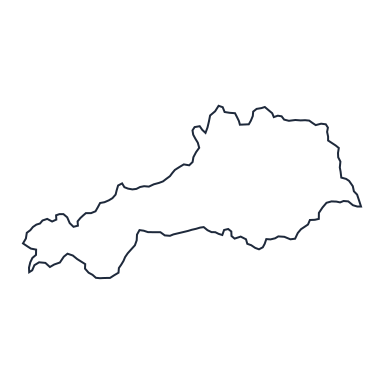 Ressaquinha, Minas Gerais, Brazil
{"feature_id": "56859067B79729307110792", "entity_name": "Ressaquinha", "entity_type": "district", "adm_level": 2, "iso_a3": "BRA", "parent_name": "Brazil", "parent_adm1": "Minas Gerais", "projection": "orthographic", "projection_center": [-43.769, -21.084], "detail": "fine", "context": "isolated", "style": "outline", "palette": "slate", "viewbox_px": 384, "rotation_deg": 0, "n_neighbors": 0, "source": "geoboundaries", "source_scale": "gbopen_adm2", "svg_char_len": 2644}
<svg xmlns="http://www.w3.org/2000/svg" viewBox="0 0 384 384"><path d="M361.0,206.5L359.1,200.6L357.1,194.6L353.9,191.3L352.8,186.2L349.1,180.9L346.1,178.9L341.3,177.6L340.6,171.7L339.8,167.5L340.4,161.6L338.2,157.3L338.0,153.0L338.8,148.0L335.7,145.5L332.2,143.2L328.1,140.5L328.1,136.6L327.1,131.9L327.9,127.6L325.8,124.3L321.1,123.7L315.7,125.1L312.4,122.9L309.2,120.6L305.1,120.2L300.6,120.4L295.4,120.0L288.9,120.8L284.1,119.6L281.6,116.3L277.8,115.7L273.8,117.1L272.2,113.2L269.3,110.8L264.8,107.0L261.4,108.1L256.6,108.9L253.2,111.6L252.8,116.0L250.8,120.8L248.8,124.3L244.3,124.5L239.9,124.7L238.9,121.0L237.1,117.3L235.0,113.2L229.6,112.8L224.6,112.0L222.7,107.2L218.6,105.8L215.1,111.3L210.1,115.5L208.9,121.6L207.5,127.5L205.5,132.9L202.2,129.8L199.7,126.2L194.6,127.1L192.5,130.4L193.2,134.7L195.3,138.6L197.8,142.7L199.2,147.8L196.1,152.1L193.4,157.2L192.6,162.0L189.2,165.3L183.8,164.4L179.3,167.1L174.9,169.9L172.4,172.9L169.9,176.2L166.1,179.0L163.0,181.4L159.0,182.9L153.8,184.3L148.9,186.6L144.1,186.2L140.1,187.0L136.4,188.9L132.4,189.4L128.0,188.6L124.4,187.2L122.1,183.4L118.1,185.5L116.7,190.2L115.6,194.6L112.4,198.2L108.9,200.3L104.5,202.2L100.1,203.0L97.8,207.3L95.5,211.3L91.1,213.1L85.9,213.1L83.1,215.5L80.4,218.0L77.6,221.4L77.9,225.7L73.5,226.8L69.7,223.1L67.2,217.3L63.4,214.1L59.5,214.1L56.1,215.3L56.3,219.6L52.1,221.5L47.2,218.9L42.5,220.5L40.0,223.5L36.4,224.6L32.9,227.0L30.3,230.2L26.8,232.8L25.9,238.5L23.0,243.4L27.3,246.3L30.9,248.6L36.1,249.6L36.0,254.9L32.4,257.9L30.3,262.3L29.0,267.6L29.2,272.2L32.2,270.3L34.4,265.2L39.1,262.3L45.4,262.9L49.9,267.0L54.2,264.5L59.9,262.5L63.8,256.7L67.5,253.7L72.8,255.5L77.1,259.0L81.2,261.6L85.2,264.1L85.0,268.6L88.6,272.7L92.5,274.8L95.9,277.8L99.9,278.2L104.3,278.0L110.1,277.9L114.1,275.3L118.5,272.7L118.9,268.0L121.2,264.7L123.5,260.9L125.1,257.1L127.7,253.3L131.1,249.5L134.9,245.3L136.7,240.3L137.0,234.6L139.5,230.1L143.7,230.7L147.9,232.1L153.5,232.2L160.4,232.2L164.8,235.4L170.0,235.8L173.4,234.4L177.2,233.5L182.7,232.2L188.1,230.9L191.7,229.8L196.1,228.8L200.1,227.6L203.7,227.1L207.5,230.2L211.5,232.1L215.3,232.2L218.7,233.9L222.3,235.0L224.1,230.0L228.2,229.0L231.3,231.5L231.5,236.0L234.6,238.6L240.7,236.6L246.0,239.3L247.3,243.8L251.2,245.2L255.2,247.9L259.0,249.3L262.8,247.3L264.7,243.8L266.3,239.1L270.5,239.4L275.1,238.3L278.3,236.4L284.3,236.8L290.4,239.3L295.1,238.7L297.8,233.0L301.0,229.2L304.3,227.0L308.0,224.5L309.9,220.0L314.8,219.8L318.8,218.9L318.9,212.9L322.5,207.5L326.5,202.8L331.5,201.4L336.4,201.6L340.1,202.4L343.6,201.0L348.3,201.4L352.9,205.2L357.2,206.5L361.0,206.5Z" fill="none" stroke="#1e293b" stroke-width="2"/></svg>